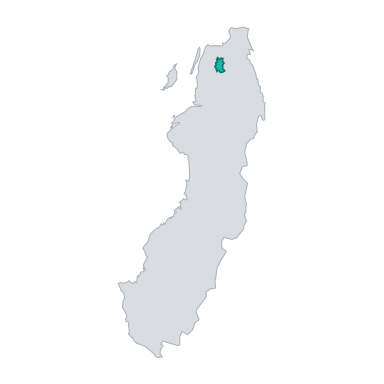 Växjö, Kronoberg, Sweden (highlighted), rotated 182°
{"feature_id": "70781695B32930756633279", "entity_name": "Växjö", "entity_type": "district", "adm_level": 2, "iso_a3": "SWE", "parent_name": "Sweden", "parent_adm1": "Kronoberg", "projection": "albers", "projection_center": [14.91, 56.945], "detail": "fine", "context": "in_parent", "style": "filled", "palette": "teal", "viewbox_px": 384, "rotation_deg": 182, "n_neighbors": 0, "source": "geoboundaries", "source_scale": "gbopen_adm2", "svg_char_len": 5257}
<svg xmlns="http://www.w3.org/2000/svg" viewBox="0 0 384 384"><g transform="rotate(182 192 192)"><path d="M124.6,267.6L125.4,270.8L127.6,270.5L128.6,268.3L130.0,261.7L128.9,254.3L130.9,251.8L132.3,247.8L135.2,246.7L139.3,242.1L139.8,237.3L140.8,233.8L137.9,223.0L137.8,220.3L142.7,219.0L145.0,212.0L141.8,207.3L136.8,202.7L139.1,189.1L137.2,181.6L137.6,178.4L137.5,173.6L138.8,171.7L136.6,164.5L139.2,159.8L138.9,157.3L145.9,147.7L150.4,146.0L158.6,147.7L160.5,143.8L160.6,141.7L160.0,136.8L155.5,133.9L160.5,125.2L164.4,116.7L165.1,108.4L166.0,104.8L165.1,96.8L170.1,95.9L174.5,92.5L173.9,88.1L183.3,74.5L183.6,72.1L182.8,69.8L180.5,65.7L181.1,63.8L183.6,62.6L184.8,60.7L186.5,54.4L191.4,49.2L197.1,52.3L199.3,46.6L198.8,38.9L200.7,38.0L215.7,41.9L218.0,38.9L215.4,37.5L217.6,34.2L218.2,32.3L218.3,30.0L218.1,28.8L215.9,26.1L220.4,25.4L223.0,26.5L223.3,28.2L234.0,36.4L242.3,39.1L244.9,41.4L246.0,44.2L247.3,44.2L249.1,46.7L250.8,47.9L249.7,50.0L250.3,54.2L250.9,56.1L250.5,59.8L253.3,60.4L254.0,62.6L252.8,65.0L253.3,67.4L257.7,74.5L257.1,77.1L257.2,80.3L255.9,82.7L255.9,85.2L256.6,88.2L257.3,89.6L259.0,90.4L262.5,98.2L259.9,99.1L257.8,98.3L253.2,99.9L252.1,101.2L248.1,98.4L246.2,100.5L244.7,99.0L243.8,101.8L243.9,105.5L242.1,105.4L242.9,106.7L240.6,107.4L240.5,108.0L241.1,108.9L240.5,110.1L237.3,110.8L237.0,112.0L238.0,113.3L238.1,114.2L235.9,113.1L237.6,115.6L238.1,117.5L234.2,125.6L235.9,127.4L237.5,131.7L239.0,133.5L238.6,135.6L234.3,140.9L232.2,148.6L226.6,154.0L223.5,155.5L221.7,159.2L219.2,158.3L219.2,160.3L217.6,159.1L216.5,162.4L214.5,165.2L212.0,164.8L211.8,165.3L212.6,166.0L209.8,166.9L209.1,169.7L207.1,170.6L206.8,171.4L208.9,171.5L208.6,173.8L206.2,175.1L205.4,176.5L204.3,176.6L204.5,175.4L202.9,175.6L202.4,174.3L202.1,174.7L203.3,178.3L202.6,179.8L204.1,181.2L199.9,185.0L197.1,183.7L196.8,184.8L197.5,187.9L199.9,190.3L198.6,192.0L197.3,199.3L198.5,203.7L195.4,202.8L195.6,204.5L194.7,206.5L195.2,209.3L194.9,211.2L195.7,212.9L195.3,213.7L196.1,221.6L197.1,225.0L196.8,227.7L198.2,229.1L201.0,229.3L201.9,231.6L205.4,230.1L208.1,234.4L213.1,237.9L212.9,240.4L216.1,242.0L218.1,245.2L218.9,248.0L218.8,249.7L214.2,254.6L210.6,258.0L206.8,260.0L207.1,260.8L209.0,261.0L213.6,258.5L215.0,260.4L212.5,261.5L212.1,264.2L211.1,266.0L201.0,272.5L199.7,274.5L195.1,277.7L186.7,277.7L185.4,278.4L192.7,279.5L194.5,281.7L191.1,283.2L192.7,288.5L191.9,289.8L192.0,295.8L190.7,295.9L190.2,298.4L191.0,304.3L191.7,306.0L191.4,307.7L189.5,311.8L190.3,316.6L188.1,325.4L185.5,330.5L183.6,337.3L181.3,339.8L178.5,338.3L174.5,339.2L167.1,338.9L166.1,339.6L166.7,342.1L164.0,341.7L159.3,346.9L159.1,349.5L161.0,354.4L158.6,357.6L153.5,356.7L146.7,358.6L140.7,356.9L141.6,355.2L142.2,348.7L135.8,335.2L138.9,336.7L140.2,336.0L138.4,331.6L141.1,331.4L142.0,329.9L141.6,327.4L139.4,326.2L137.6,322.3L135.6,320.2L132.4,312.2L131.3,306.8L130.1,307.2L129.2,301.0L127.4,300.0L127.3,293.8L125.3,293.0L124.2,290.1L124.2,284.6L121.9,283.8L122.4,281.2L122.1,271.7L121.5,268.6L122.2,266.5L123.5,266.3L124.6,267.6ZM222.9,296.4L221.9,297.1L221.4,298.8L219.7,299.8L219.7,305.2L221.4,307.2L219.8,308.2L218.9,311.2L216.0,313.3L214.9,315.2L214.4,317.9L211.9,319.4L213.6,315.3L211.0,310.9L211.5,309.2L211.1,303.9L215.9,297.0L218.3,296.0L219.4,296.7L219.8,295.0L220.5,294.6L222.9,296.4ZM190.7,335.5L189.5,336.7L189.0,335.1L189.0,328.8L191.8,321.2L193.0,320.6L196.3,310.3L196.7,309.6L197.9,310.2L197.1,311.2L197.1,313.0L195.1,318.5L194.6,322.0L193.8,322.9L190.7,335.5ZM223.8,294.3L223.7,295.8L222.3,294.6L223.5,292.8L226.0,293.1L223.8,294.3ZM215.7,255.3L214.3,257.8L213.9,256.8L214.2,255.6L215.7,255.3ZM212.9,267.8L212.0,268.0L212.6,266.4L213.6,265.9L212.9,267.8Z" fill="#d9dde1" stroke="#a8b0b8" stroke-width="1"/><path d="M166.1,326.5L166.4,326.5L166.7,326.7L167.0,326.6L167.4,326.8L167.7,326.9L168.0,326.7L168.2,326.4L168.6,325.8L169.1,325.8L169.3,325.6L169.7,325.5L170.0,325.6L170.1,326.0L170.4,326.5L170.7,326.6L170.9,326.9L171.0,327.3L171.4,327.0L171.6,326.6L171.6,326.3L171.7,325.9L171.5,325.6L171.7,325.3L172.0,325.1L172.1,324.9L171.9,324.6L171.4,324.2L171.1,323.9L171.3,323.4L171.4,323.2L171.2,322.9L171.3,322.6L171.6,322.4L172.0,322.4L172.5,322.2L172.8,322.0L172.8,321.6L172.7,321.2L172.5,320.9L172.5,320.4L172.4,320.2L172.4,319.8L172.4,319.5L172.6,319.4L172.9,319.3L173.0,319.0L173.3,318.8L173.5,318.5L173.4,318.2L173.3,317.7L173.1,317.2L172.5,316.8L172.3,316.8L172.2,316.5L172.2,316.1L171.9,315.8L171.8,315.5L172.0,315.3L172.1,314.8L171.9,314.5L171.6,314.3L171.4,314.0L171.4,313.6L171.3,313.3L171.0,313.6L170.8,313.8L170.5,314.0L170.3,314.4L170.1,314.5L169.6,314.5L169.1,314.4L168.9,314.0L168.9,313.7L168.7,313.3L168.3,313.0L167.8,312.5L167.5,312.4L167.4,312.4L166.6,312.5L166.2,312.7L165.6,312.8L165.3,312.9L165.2,313.1L165.1,313.3L164.7,313.4L164.2,313.8L163.9,314.0L163.6,314.0L163.6,314.3L163.8,314.6L163.8,315.0L164.1,315.1L164.5,315.3L165.0,315.7L165.4,315.7L165.5,316.4L165.5,317.5L165.6,318.1L165.8,318.4L166.1,318.8L166.1,319.1L165.8,319.3L165.8,319.6L165.6,319.9L165.4,320.1L165.4,320.6L165.4,320.8L165.1,321.1L165.0,321.5L164.7,321.6L164.5,321.8L164.5,322.2L164.7,322.4L165.1,322.7L165.5,322.7L165.8,323.1L165.9,323.5L165.8,325.1L165.9,325.7L166.1,326.1L166.2,326.4L166.1,326.5Z" fill="#14b8a6" stroke="#0f766e" stroke-width="1.5"/></g></svg>